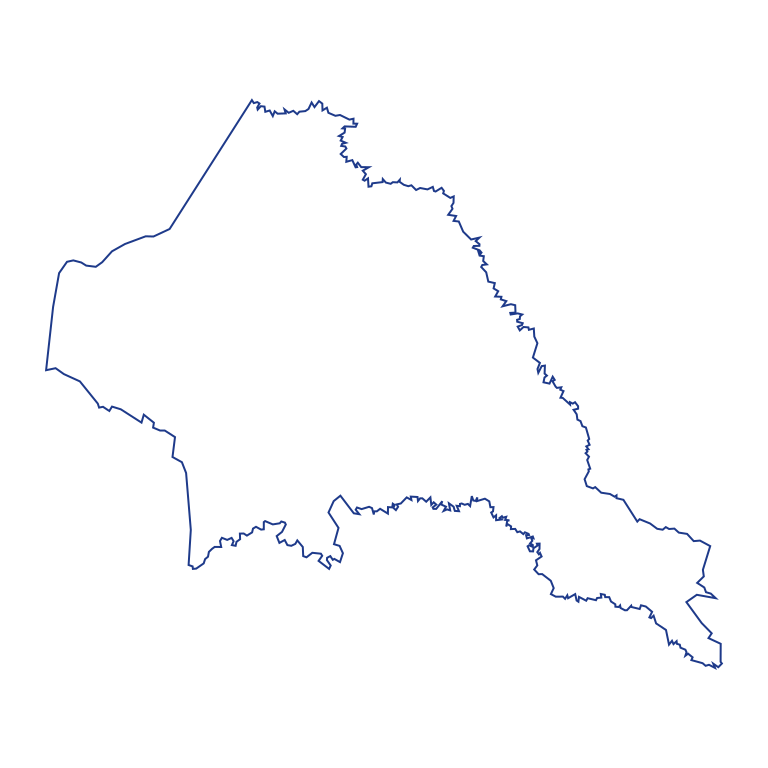 Simon Bolivar, Guayas, Ecuador (orthographic projection)
{"feature_id": "8360857B9786839624042", "entity_name": "Simon Bolivar", "entity_type": "district", "adm_level": 2, "iso_a3": "ECU", "parent_name": "Ecuador", "parent_adm1": "Guayas", "projection": "orthographic", "projection_center": [-79.376, -2.042], "detail": "fine", "context": "isolated", "style": "outline", "palette": "blue", "viewbox_px": 768, "rotation_deg": 0, "n_neighbors": 0, "source": "geoboundaries", "source_scale": "gbopen_adm2", "svg_char_len": 6113}
<svg xmlns="http://www.w3.org/2000/svg" viewBox="0 0 768 768"><path d="M53.1,306.9L46.1,370.2L55.6,368.2L63.9,374.1L79.9,381.4L97.8,403.6L99.1,407.6L103.0,406.8L109.3,411.0L112.0,406.6L120.8,409.3L141.5,422.6L143.8,414.7L153.9,422.7L153.1,427.6L160.0,430.5L164.7,430.5L175.0,437.1L172.5,457.0L181.9,462.2L186.1,473.0L190.8,529.9L188.6,565.0L192.6,566.4L192.9,568.9L196.2,568.6L203.7,563.4L205.1,559.1L208.0,556.7L208.9,551.9L212.1,548.8L214.7,546.9L221.2,547.0L220.0,541.0L221.9,537.8L227.2,539.9L231.6,537.9L233.6,541.2L231.9,545.1L235.6,545.8L236.5,541.8L240.1,539.2L239.9,533.6L243.7,533.5L246.9,535.6L252.1,532.4L253.0,528.6L256.0,526.8L261.1,529.6L263.8,529.3L263.8,522.1L265.1,521.1L272.8,524.4L279.7,523.3L281.3,521.5L284.9,522.6L285.8,524.5L282.0,531.9L276.7,536.1L279.4,542.9L284.7,540.0L287.4,545.1L291.3,545.8L295.3,543.9L297.3,540.4L302.8,547.0L303.2,556.1L306.5,557.3L312.3,552.8L320.9,553.7L322.2,555.8L318.6,560.9L329.1,568.9L330.7,565.5L326.9,560.1L327.1,557.8L330.3,556.1L332.8,559.8L334.3,558.9L340.0,562.1L342.9,553.2L339.6,545.9L334.0,544.2L338.5,527.9L328.5,512.5L333.7,501.1L340.4,495.7L353.8,513.3L359.3,514.2L355.7,509.7L357.0,507.5L361.6,509.1L369.1,506.8L372.0,508.1L373.8,514.5L374.2,511.3L376.9,511.3L380.1,508.8L387.9,513.6L388.0,507.1L392.2,507.4L392.8,503.7L394.7,505.0L393.3,507.8L395.9,510.1L398.1,506.8L396.7,504.4L400.8,503.5L406.7,497.4L411.4,500.0L410.8,496.6L417.5,497.0L418.0,501.0L420.2,498.3L422.3,498.3L426.2,501.7L430.4,497.4L431.3,504.9L433.7,502.3L436.3,504.6L432.7,507.4L433.4,508.9L436.2,508.9L442.3,501.2L441.2,504.5L446.0,506.7L443.7,510.9L447.0,509.4L450.2,510.4L448.9,503.3L453.6,506.7L454.8,510.9L459.0,511.2L456.7,505.8L459.9,506.2L460.0,503.9L461.7,503.5L464.7,504.8L467.9,503.9L470.1,506.1L471.8,496.1L473.3,500.5L475.7,500.9L477.3,497.4L477.0,501.1L484.9,498.7L489.3,501.4L490.4,507.2L493.5,507.1L493.0,511.4L491.2,512.5L493.5,517.4L496.1,515.3L496.1,520.2L501.6,519.5L499.6,518.0L501.9,516.2L502.8,517.7L506.2,516.8L505.2,519.9L509.4,520.3L507.2,520.9L506.2,526.5L507.4,524.0L511.1,526.4L510.9,529.1L515.2,528.9L517.3,532.2L520.0,531.4L523.3,534.1L524.9,532.3L528.6,533.9L529.0,535.0L526.1,535.2L526.9,538.4L532.8,536.5L533.5,538.4L531.2,538.0L532.3,540.8L530.1,543.4L532.8,545.0L532.8,546.9L529.0,545.3L527.6,546.3L529.9,551.3L533.1,551.4L533.4,548.3L537.6,545.5L536.9,543.7L539.6,543.6L539.5,549.0L537.3,552.1L538.9,554.3L540.0,552.9L541.6,556.5L536.0,560.3L537.3,565.4L534.2,569.5L538.6,574.2L542.2,574.1L550.8,580.8L553.7,588.1L550.9,594.1L555.8,596.7L562.9,596.6L565.1,598.8L567.3,595.3L568.1,598.2L575.2,594.1L576.6,600.5L578.4,601.7L579.0,596.9L586.2,600.7L587.6,598.2L596.0,600.2L597.1,598.0L601.3,597.6L600.8,594.0L604.8,594.8L605.2,597.1L609.2,597.1L611.0,601.5L615.3,604.3L615.4,606.7L618.7,607.0L620.1,605.4L620.6,608.0L625.0,610.3L627.0,610.2L631.2,605.7L631.5,607.0L639.7,609.0L641.0,605.3L645.8,606.5L652.1,611.8L649.4,617.4L651.1,618.1L653.6,615.7L656.1,623.4L666.0,630.0L669.0,644.6L672.0,640.8L673.5,644.1L676.6,641.2L676.9,643.8L679.8,644.7L680.5,647.7L685.4,649.7L686.5,652.2L685.4,655.7L688.1,653.7L692.6,657.3L691.4,660.1L702.6,663.2L705.6,665.8L709.0,664.8L715.0,667.9L713.3,663.7L718.3,667.2L721.9,663.5L720.6,661.8L720.7,643.8L708.5,638.1L711.7,633.3L701.7,623.1L686.4,602.1L696.8,594.8L715.7,598.2L710.8,593.6L706.0,592.2L704.3,587.5L697.2,582.9L703.8,576.4L702.9,569.8L710.2,546.1L700.0,540.6L693.7,541.1L687.1,533.9L678.8,532.6L674.4,528.6L669.1,529.0L665.8,527.1L662.7,529.7L657.2,528.8L650.1,523.5L639.6,519.2L637.3,521.6L623.4,499.8L616.5,498.2L616.5,495.4L614.6,496.7L610.0,494.0L601.2,492.7L595.2,487.1L593.0,488.4L586.8,486.1L584.6,479.2L588.8,471.4L588.4,469.4L590.2,468.7L587.2,460.0L589.0,456.7L585.6,453.2L587.4,451.6L586.5,449.8L588.5,449.3L586.3,446.4L589.6,444.8L587.7,440.6L589.2,439.0L585.9,427.5L582.4,426.2L580.5,421.1L577.4,419.6L576.7,414.3L573.6,409.8L578.1,408.7L578.1,406.2L575.0,402.2L572.8,403.6L570.0,402.2L570.1,404.6L562.7,397.9L560.5,397.7L563.5,391.1L560.3,389.7L561.3,387.3L556.9,387.9L555.6,386.6L552.5,381.2L554.7,379.9L552.7,376.7L549.5,383.6L543.5,382.3L544.5,377.5L546.9,375.6L544.6,373.6L544.9,365.6L541.7,366.1L538.3,372.8L537.5,369.0L539.9,362.9L532.9,357.6L537.4,343.2L534.3,336.6L533.8,328.5L528.9,329.8L528.4,327.4L523.5,327.0L519.8,330.4L517.7,326.6L522.0,325.0L522.7,323.2L517.2,321.7L517.1,319.8L519.8,319.0L520.0,316.3L522.2,314.5L517.7,313.4L510.7,314.5L510.3,312.9L515.5,312.6L515.2,305.2L510.9,304.2L502.6,306.3L506.3,301.1L500.8,299.4L501.4,296.8L495.2,296.5L498.2,291.2L493.6,288.4L494.8,283.1L488.3,281.6L486.2,272.3L481.2,267.0L482.3,265.0L486.8,264.4L483.2,261.0L483.8,256.2L479.6,255.6L478.4,251.7L480.6,253.7L481.5,252.6L479.6,250.3L472.8,247.7L473.8,246.0L479.4,245.8L479.5,244.2L475.7,241.1L479.4,237.6L471.1,239.5L463.2,231.7L458.8,221.5L453.6,220.9L456.1,216.0L448.2,214.8L452.5,208.8L451.4,206.1L453.5,202.9L453.7,196.4L450.3,197.9L443.2,193.4L443.9,190.9L441.6,187.8L435.6,191.5L434.0,191.0L432.8,186.9L427.5,189.4L420.1,188.0L416.1,190.0L411.4,185.3L408.3,186.2L403.8,184.8L399.6,181.8L399.8,179.7L397.4,182.4L392.8,182.2L390.7,183.8L385.9,182.6L382.8,179.1L382.6,182.1L372.3,183.3L371.4,186.3L368.5,186.7L368.0,178.4L364.6,180.7L362.8,179.7L365.9,174.2L362.8,170.7L368.9,167.2L361.2,167.1L357.8,162.7L356.2,164.6L357.1,167.1L355.6,167.3L352.3,160.1L346.3,161.8L346.7,156.8L343.9,157.0L340.7,154.0L346.4,148.5L345.3,146.5L341.2,145.9L342.1,143.8L345.8,142.8L340.7,140.6L342.6,137.0L339.0,136.0L344.6,132.6L345.1,128.6L342.5,128.4L344.6,126.4L355.7,126.8L357.1,123.7L353.4,123.6L353.5,118.7L349.4,119.6L340.0,115.0L335.4,115.8L328.4,112.8L326.9,107.7L322.5,110.4L322.3,103.6L319.0,101.1L314.5,107.1L311.6,102.5L308.5,109.0L305.3,111.1L299.4,111.7L297.2,114.2L293.3,110.8L288.7,112.8L284.5,109.4L285.7,113.4L277.6,113.7L274.7,111.3L272.8,116.1L269.7,110.5L265.3,111.8L264.5,106.6L260.8,106.2L257.7,109.6L257.2,107.5L259.5,103.5L257.3,102.1L253.8,103.1L251.9,100.1L169.6,229.0L153.5,236.5L145.7,236.3L125.0,244.0L112.0,251.3L102.2,262.2L95.8,266.8L86.2,265.6L81.3,262.5L73.3,260.4L67.0,261.8L59.1,273.1L53.1,306.9Z" fill="none" stroke="#1e3a8a" stroke-width="2"/></svg>